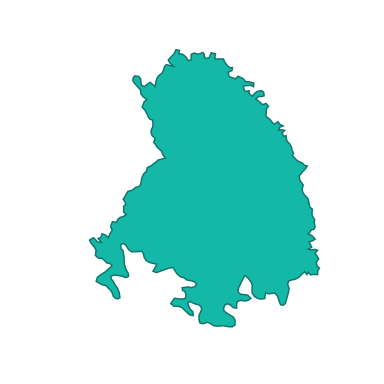 the district of Laranjal, Paraná, Brazil, rotated 343°
{"feature_id": "56859067B49556592741492", "entity_name": "Laranjal", "entity_type": "district", "adm_level": 2, "iso_a3": "BRA", "parent_name": "Brazil", "parent_adm1": "Paraná", "projection": "orthographic", "projection_center": [-52.508, -24.893], "detail": "fine", "context": "isolated", "style": "filled", "palette": "teal", "viewbox_px": 384, "rotation_deg": 343, "n_neighbors": 0, "source": "geoboundaries", "source_scale": "gbopen_adm2", "svg_char_len": 4705}
<svg xmlns="http://www.w3.org/2000/svg" viewBox="0 0 384 384"><g transform="rotate(343 192 192)"><path d="M81.1,224.5L83.5,228.1L86.5,229.1L88.3,231.9L89.5,234.7L92.7,236.5L93.9,238.8L92.0,240.2L89.5,241.2L86.3,242.8L79.8,244.7L76.5,246.0L74.2,249.5L79.3,254.7L82.4,256.4L84.0,259.7L85.3,261.9L86.2,265.5L86.3,269.0L87.8,271.3L89.8,272.5L92.2,272.0L93.0,266.9L92.7,262.8L91.3,258.3L90.6,254.4L89.4,251.9L89.7,248.9L92.2,248.6L94.5,249.1L100.2,251.9L103.8,254.5L106.7,254.1L107.2,251.2L106.2,246.8L106.2,240.8L107.8,235.2L108.9,227.8L107.7,225.6L108.3,221.4L111.2,221.0L112.7,222.9L113.7,225.3L114.5,228.4L116.7,231.5L122.5,233.1L126.8,234.1L127.4,237.0L127.2,240.8L128.1,244.0L130.7,246.9L132.8,248.2L137.2,250.7L134.9,253.3L131.5,256.4L134.6,258.7L147.1,258.0L151.7,258.6L152.9,263.1L153.9,266.3L156.5,270.1L159.0,271.3L161.3,274.6L164.2,276.1L167.7,278.1L169.5,281.1L167.0,283.4L163.6,283.3L161.0,281.8L154.6,280.7L154.2,283.3L156.2,285.3L156.1,289.2L154.7,291.6L152.1,291.8L149.1,290.7L144.1,288.5L139.0,292.5L141.5,296.0L145.8,297.5L148.4,299.4L149.8,301.8L153.8,308.8L157.0,310.5L157.8,307.0L156.1,303.6L155.5,300.5L155.3,297.0L157.8,296.0L161.9,299.7L165.4,301.8L167.0,303.9L166.9,307.1L164.9,309.5L162.5,312.2L161.3,316.6L161.4,319.7L163.7,321.1L168.9,321.2L171.3,323.4L173.4,326.1L177.4,327.8L183.4,329.2L187.9,331.7L191.1,332.7L194.3,331.7L195.7,327.0L194.7,323.3L191.9,320.4L188.0,315.6L188.0,312.7L190.3,309.8L192.8,309.2L195.3,310.8L197.7,314.7L200.8,316.1L201.6,313.0L203.2,309.9L207.3,309.9L210.5,311.7L214.0,312.0L217.1,311.0L215.1,306.8L210.7,304.9L208.4,303.9L206.7,300.8L208.6,297.2L212.1,293.4L215.7,289.6L218.4,287.2L220.8,291.5L222.4,296.5L222.1,299.7L221.0,302.3L220.0,306.3L221.2,310.2L223.6,312.9L226.5,314.5L230.4,315.2L231.4,312.9L233.0,309.7L235.2,311.7L238.4,312.3L241.9,313.0L243.4,317.0L243.4,321.8L243.7,325.7L246.0,326.9L248.7,325.9L251.8,321.0L254.3,317.2L256.6,312.8L256.5,308.3L258.2,305.6L261.4,305.2L265.1,305.6L269.1,304.8L273.1,302.8L276.3,301.1L277.7,304.5L279.6,302.7L281.2,305.9L284.8,306.5L288.0,307.8L288.9,304.5L291.6,302.0L289.9,299.1L290.4,295.3L293.6,293.1L292.8,289.3L291.6,286.6L295.1,284.5L292.4,282.7L289.4,282.4L286.5,280.5L290.2,279.9L290.0,277.0L289.2,273.8L292.9,274.0L296.0,273.0L294.0,268.9L290.7,265.9L293.3,264.7L295.2,263.0L297.4,263.4L299.5,261.3L299.9,257.4L301.2,254.1L300.0,249.9L300.7,246.8L302.1,243.7L300.4,241.1L300.5,237.0L301.1,232.6L299.8,230.0L298.6,227.4L297.8,224.7L298.3,221.0L300.4,218.0L298.6,212.2L299.2,208.0L301.8,206.3L303.8,204.9L307.4,202.9L309.8,200.8L307.4,199.5L306.2,196.8L304.3,195.0L302.1,193.2L300.7,190.8L298.6,186.5L300.4,184.8L299.9,181.5L300.2,178.1L299.4,174.2L297.8,171.4L297.8,168.4L298.4,165.6L295.9,165.6L295.3,161.9L298.6,160.3L296.1,158.7L293.0,158.2L295.0,155.6L298.4,155.4L295.8,153.0L294.9,150.0L290.4,151.2L288.8,148.2L287.6,145.0L284.8,141.4L286.5,136.9L287.8,134.0L290.2,132.4L288.7,128.9L285.1,129.2L282.5,124.9L280.2,121.7L283.7,120.1L286.5,121.1L289.1,121.1L289.7,117.5L288.2,115.4L283.6,114.9L281.0,115.9L277.6,118.0L275.2,114.5L276.3,111.9L272.2,111.4L271.8,108.8L272.0,105.7L276.2,106.4L279.8,107.4L281.6,109.3L282.9,105.9L279.3,103.6L275.5,102.1L274.2,98.8L271.8,96.4L269.9,94.7L266.7,96.6L264.6,94.9L261.3,92.7L261.5,88.1L265.8,87.5L267.1,84.9L264.7,84.3L263.0,82.1L261.4,77.7L261.0,74.0L256.5,72.6L253.1,71.7L253.6,69.1L254.9,66.7L251.0,64.5L247.8,68.5L245.2,68.7L243.2,66.9L244.0,64.2L243.2,61.8L238.0,62.1L234.8,59.8L231.5,60.1L229.8,65.5L226.8,65.2L225.5,60.7L222.9,57.2L219.7,56.0L221.4,52.9L218.2,51.3L214.8,55.0L211.8,56.4L207.9,58.8L208.4,61.7L211.0,66.5L208.5,65.0L204.8,62.7L202.2,64.1L200.4,67.2L197.9,69.7L194.2,71.0L192.0,72.7L190.2,75.2L187.5,80.4L184.1,74.9L181.6,75.5L177.6,77.2L174.9,75.4L175.3,71.7L175.9,68.9L174.8,65.9L171.1,64.2L168.9,65.9L168.0,68.5L169.0,71.7L172.6,79.4L171.8,83.1L173.0,86.4L175.8,90.5L172.7,91.6L169.1,96.2L170.9,99.9L171.9,104.9L172.1,107.5L173.2,110.2L175.3,111.7L174.8,114.9L173.4,118.4L171.3,120.6L170.3,122.9L170.3,126.4L172.4,130.0L169.8,133.5L171.0,135.7L171.5,138.4L173.0,141.0L174.8,144.2L175.0,148.0L176.6,151.9L168.9,151.5L166.2,152.9L163.3,153.8L160.9,154.9L156.4,155.6L154.4,158.9L151.1,160.6L148.3,163.7L146.2,167.6L145.0,170.0L142.4,171.4L139.6,171.0L137.3,172.2L134.1,172.9L131.0,172.6L129.0,174.3L126.9,176.4L124.1,178.8L125.0,182.0L125.0,184.8L122.4,185.6L121.8,188.3L120.7,191.2L122.5,194.4L119.0,195.4L115.8,195.3L113.1,196.4L110.9,199.0L107.2,197.1L105.4,199.4L104.0,201.7L104.6,205.3L101.2,207.9L98.8,211.2L96.5,207.7L93.8,205.7L91.5,209.0L88.6,209.0L90.7,213.7L87.0,212.2L85.7,209.4L84.5,207.0L82.1,207.3L79.9,208.1L80.6,211.6L82.8,217.0L83.1,220.0L81.1,224.5Z" fill="#14b8a6" stroke="#0f766e" stroke-width="1.5"/></g></svg>